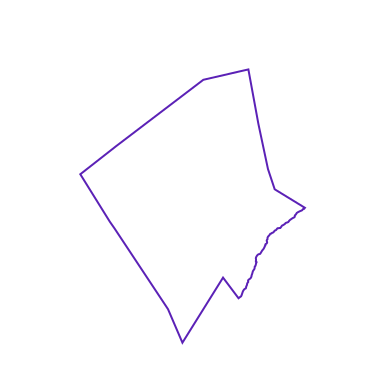 Bayan-O'ndor, Orhon, Mongolia (Natural Earth projection), rotated 301°
{"feature_id": "93677404B54522359924126", "entity_name": "Bayan-O'ndor", "entity_type": "district", "adm_level": 2, "iso_a3": "MNG", "parent_name": "Mongolia", "parent_adm1": "Orhon", "projection": "natural_earth1", "projection_center": [104.105, 49.06], "detail": "fine", "context": "isolated", "style": "outline", "palette": "violet", "viewbox_px": 384, "rotation_deg": 301, "n_neighbors": 0, "source": "geoboundaries", "source_scale": "gbopen_adm2", "svg_char_len": 2515}
<svg xmlns="http://www.w3.org/2000/svg" viewBox="0 0 384 384"><g transform="rotate(301 192 192)"><path d="M319.2,170.0L294.0,143.9L192.6,103.5L149.7,87.1L124.2,136.9L120.9,144.3L79.2,231.8L57.9,261.4L134.6,262.7L124.9,286.6L126.5,287.2L126.9,287.4L127.9,287.8L128.9,287.7L133.1,286.8L133.8,286.8L135.0,286.8L136.0,287.1L136.6,287.4L137.0,287.7L137.4,287.7L137.6,287.7L138.1,287.5L138.5,287.3L139.0,287.1L139.4,287.1L140.0,287.1L140.8,286.9L141.8,286.5L142.0,286.4L142.6,286.4L143.4,286.5L143.9,286.5L144.2,286.2L144.6,285.9L144.9,285.7L145.3,285.6L145.8,285.7L146.5,285.9L147.3,286.3L148.3,286.6L148.9,286.6L149.4,286.6L150.1,286.5L150.6,286.3L151.3,286.0L151.9,285.9L152.5,285.8L153.3,285.6L154.7,285.2L155.3,285.0L156.0,285.0L156.7,285.0L157.4,285.1L158.3,285.1L159.4,284.7L160.1,284.3L160.4,284.2L160.6,284.2L160.9,284.4L161.3,284.4L161.9,284.3L163.2,283.9L163.7,283.7L164.3,283.6L164.7,283.6L165.1,283.5L165.2,283.4L165.1,283.0L165.1,282.7L165.4,282.5L165.9,282.2L166.6,282.0L167.6,281.3L168.1,280.8L168.8,280.6L169.7,280.5L170.2,280.5L171.0,280.5L172.0,280.7L172.5,280.9L173.0,281.2L173.3,281.5L173.6,281.9L173.8,282.1L174.1,282.2L174.4,282.3L174.8,282.3L175.4,282.3L175.9,282.3L176.6,282.3L177.3,282.3L178.1,282.3L178.6,282.4L179.6,282.6L180.6,282.6L181.3,282.6L182.1,282.5L182.5,282.5L183.0,282.3L183.7,282.4L184.0,282.4L184.2,282.1L184.6,282.0L185.1,281.9L185.6,282.1L186.0,282.4L186.5,282.5L186.8,282.5L187.6,282.3L188.1,281.8L188.6,281.2L189.0,281.0L189.6,280.9L190.0,281.0L190.5,281.0L190.9,280.7L191.7,280.3L192.3,280.2L192.7,280.2L193.2,280.2L193.9,280.4L195.0,280.6L196.0,280.6L196.6,280.7L196.9,281.0L197.1,281.3L197.6,281.5L198.1,281.6L198.4,281.9L198.8,282.2L199.3,282.5L200.3,282.7L200.9,282.7L201.7,282.9L202.1,283.3L202.9,283.7L204.0,283.8L204.7,283.9L205.3,284.3L205.6,285.0L206.1,285.4L206.4,285.9L206.6,286.2L207.1,286.3L208.0,286.4L208.7,286.4L208.8,286.4L209.0,286.4L209.8,286.6L210.3,287.0L211.0,287.4L211.9,287.8L212.6,288.1L213.5,288.2L213.9,288.4L214.4,288.8L215.0,289.4L215.7,289.9L216.5,290.1L217.3,290.1L218.2,290.3L219.0,290.6L220.3,291.2L220.8,291.4L221.4,291.7L221.9,292.0L222.3,292.3L223.0,292.7L223.4,292.8L223.8,292.8L224.2,292.5L224.7,292.3L225.3,292.3L225.7,292.5L226.5,292.6L227.1,292.6L227.4,292.6L228.0,292.6L228.6,292.9L229.6,293.4L231.7,294.8L232.3,295.3L233.1,295.8L234.0,295.9L234.8,296.1L234.8,296.3L235.2,296.7L235.5,296.8L236.1,296.8L236.6,296.9L236.9,261.5L250.8,245.3L284.6,213.8L326.1,177.2L319.2,170.0Z" fill="none" stroke="#5b21b6" stroke-width="2"/></g></svg>